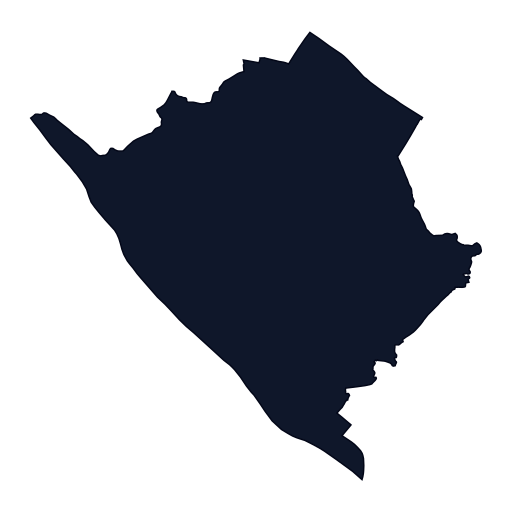 outline of Cau Ke, Trà Vinh, Vietnam
{"feature_id": "81297802B65507223487475", "entity_name": "Cau Ke", "entity_type": "district", "adm_level": 2, "iso_a3": "VNM", "parent_name": "Vietnam", "parent_adm1": "Trà Vinh", "projection": "mercator", "projection_center": [106.099, 9.855], "detail": "fine", "context": "isolated", "style": "filled", "palette": "ink", "viewbox_px": 512, "rotation_deg": 0, "n_neighbors": 0, "source": "geoboundaries", "source_scale": "gbopen_adm2", "svg_char_len": 6021}
<svg xmlns="http://www.w3.org/2000/svg" viewBox="0 0 512 512"><path d="M364.8,77.8L363.4,76.6L357.7,70.3L354.4,67.0L347.2,59.4L344.0,56.4L341.3,54.2L328.6,45.6L319.5,38.9L309.9,32.4L305.2,38.6L298.3,48.6L297.3,50.3L294.9,53.9L288.6,64.0L287.6,63.5L285.3,62.7L283.4,62.2L279.1,61.5L265.4,58.2L264.7,57.9L260.0,58.0L260.1,59.0L259.0,62.8L243.3,60.0L244.1,63.8L244.0,64.2L243.4,65.0L244.0,71.6L242.8,71.9L239.4,72.9L237.4,73.8L233.3,76.4L228.9,79.1L225.2,81.0L223.7,82.1L222.4,84.2L219.8,87.4L219.4,88.2L219.2,91.1L219.0,91.4L218.3,91.8L216.3,91.8L215.3,92.0L214.6,92.3L213.9,93.1L213.2,94.4L212.4,97.2L211.7,100.4L211.1,101.7L210.5,102.2L209.8,102.7L208.3,102.8L207.3,102.8L206.2,103.0L204.4,103.8L201.8,103.9L199.9,103.7L194.8,102.5L193.0,102.2L188.2,102.2L187.6,102.0L187.0,101.6L186.7,101.3L186.7,100.0L186.4,98.7L186.0,98.2L185.3,97.8L183.1,97.6L182.3,97.2L181.4,96.8L179.4,96.5L178.0,96.0L176.7,95.1L175.9,94.2L174.6,91.6L174.0,91.4L173.6,91.3L171.9,91.3L171.7,92.1L170.8,93.6L167.4,100.2L166.0,102.6L164.1,104.9L160.6,107.4L157.7,109.1L157.1,109.7L156.9,110.2L157.0,111.2L157.6,112.5L158.8,113.9L160.1,116.7L161.6,118.1L162.0,119.1L161.9,119.7L161.3,122.1L161.5,123.6L161.4,125.3L160.7,126.2L159.8,126.9L157.4,127.8L155.7,128.6L154.7,129.5L152.3,132.6L151.2,133.3L148.5,134.1L137.1,139.1L133.5,141.1L127.6,146.3L124.0,150.1L122.9,151.0L121.8,151.1L119.1,151.1L117.5,150.9L115.1,149.9L112.9,148.4L111.1,148.3L110.6,148.5L109.9,149.4L108.6,152.2L107.1,154.0L105.8,155.0L104.9,155.3L102.9,155.4L100.6,155.9L98.4,155.3L94.1,151.5L87.8,144.8L82.8,140.6L79.9,138.7L77.2,136.5L73.8,134.2L70.6,131.2L68.5,129.3L60.1,122.7L56.7,119.9L55.7,118.8L53.8,117.1L49.5,115.1L46.4,113.3L45.7,113.1L44.0,112.9L43.3,113.2L42.2,114.2L41.6,114.5L40.9,114.5L39.4,114.5L37.9,114.2L35.7,114.2L34.8,114.7L33.6,115.9L30.7,118.1L33.9,122.5L39.9,130.0L45.7,137.9L50.9,144.7L63.5,159.0L70.2,166.3L74.7,172.0L76.6,174.1L82.4,181.9L86.6,189.1L89.1,196.8L91.2,202.2L94.7,207.1L98.8,212.2L105.4,220.0L114.6,230.1L116.8,233.7L118.9,238.4L120.5,243.7L121.9,249.1L123.5,253.6L124.1,255.0L127.3,260.8L129.4,263.6L133.1,268.1L137.0,273.4L140.7,277.8L157.5,297.1L165.0,304.2L172.0,311.6L179.4,319.7L186.4,326.5L193.7,332.7L213.0,350.3L223.9,360.3L229.6,364.7L232.1,367.1L234.6,369.7L240.5,377.1L246.5,386.1L251.2,392.1L254.0,395.1L260.4,404.2L265.1,411.3L272.2,420.9L281.5,429.5L288.3,433.6L292.6,436.0L296.4,437.6L299.6,438.7L304.9,440.4L310.7,443.3L319.1,447.8L324.1,450.9L336.1,459.3L352.6,471.3L362.0,479.6L362.8,476.7L363.4,473.1L363.6,470.7L363.8,465.7L363.5,458.6L362.8,455.3L362.1,453.3L360.6,450.8L358.0,447.9L354.5,444.4L351.3,441.9L342.0,435.7L351.0,424.9L343.0,418.1L336.9,413.1L340.2,409.3L342.1,407.4L343.6,404.8L344.0,404.3L345.1,402.1L347.1,399.5L347.7,400.0L347.8,399.8L347.8,398.9L348.0,398.4L348.4,397.6L348.7,396.4L349.4,395.8L349.5,395.6L349.2,394.7L349.0,394.3L348.4,393.6L347.8,393.5L346.4,393.8L345.9,393.6L345.8,393.4L345.7,393.2L345.6,391.4L345.4,389.8L345.7,388.1L357.2,386.7L365.1,385.6L369.8,384.6L371.8,383.9L372.7,382.8L375.2,380.3L376.1,379.0L376.3,378.4L376.3,378.0L376.1,377.7L375.9,377.3L374.4,377.4L373.6,377.1L373.6,376.5L373.8,375.7L374.7,373.7L374.8,372.8L374.5,372.0L374.1,371.4L372.9,370.0L372.7,369.3L373.0,368.2L372.9,366.6L374.7,364.2L375.1,363.5L375.0,362.7L374.1,362.1L373.9,361.8L374.7,361.2L375.3,360.2L375.7,360.2L376.5,360.7L377.0,360.4L377.3,359.9L378.3,360.4L378.8,360.5L383.8,361.0L385.1,361.2L387.8,362.1L389.9,362.9L390.6,363.3L391.6,364.3L392.2,365.5L392.8,365.9L393.5,366.1L395.2,365.7L395.4,364.8L396.4,362.6L396.4,362.1L396.2,361.7L395.6,361.2L395.3,360.7L394.4,358.6L394.4,358.1L394.4,357.9L394.7,357.6L395.6,357.7L396.2,357.5L396.5,356.8L396.6,355.4L396.6,355.0L396.0,354.4L394.9,352.7L394.6,351.6L394.6,349.6L394.9,346.9L394.7,345.5L395.0,345.2L395.8,344.8L398.5,344.9L399.4,344.5L401.7,342.5L403.1,341.7L402.5,339.6L405.6,337.3L409.3,335.0L413.4,332.0L415.4,330.1L420.4,324.6L423.3,320.7L423.4,320.4L428.0,314.6L438.1,304.5L440.2,302.0L441.8,300.4L446.5,296.0L447.8,295.0L449.8,292.8L450.3,292.4L451.0,292.1L451.5,291.1L452.0,290.4L452.5,290.0L454.4,289.2L454.8,289.0L454.9,288.7L455.1,287.3L458.5,287.2L462.1,287.3L463.8,287.1L464.8,286.9L465.2,286.6L465.4,286.2L465.7,283.1L465.8,282.9L468.9,282.3L468.1,279.5L468.2,279.2L469.6,278.0L469.7,277.5L469.3,276.6L468.6,276.1L468.1,276.2L466.8,276.7L465.9,276.9L465.4,276.8L465.0,276.6L464.0,275.7L463.2,274.4L464.4,273.9L466.2,273.5L466.8,273.5L467.8,274.0L468.3,274.0L468.8,273.9L469.4,273.7L470.0,273.2L470.2,272.3L470.1,271.6L469.0,269.9L469.0,269.6L469.2,268.3L470.0,267.1L470.8,265.0L471.5,262.7L471.6,261.6L471.4,261.1L471.1,260.4L470.8,259.4L470.8,258.7L470.9,257.8L471.2,257.2L471.9,256.3L472.5,256.0L473.9,255.8L474.7,255.8L475.2,255.6L476.7,254.3L478.4,254.2L479.1,253.9L480.6,252.7L481.0,251.9L481.3,251.1L481.2,250.0L480.8,248.0L480.6,247.1L479.9,245.6L479.0,244.5L478.0,243.7L476.8,242.9L476.1,243.2L474.7,243.9L472.6,245.7L471.4,245.8L468.0,245.2L467.2,245.2L464.0,245.3L463.3,244.7L462.2,244.6L460.1,243.6L457.7,242.0L457.1,241.4L456.6,240.4L456.6,239.7L456.7,239.2L457.2,238.0L457.2,236.1L456.9,235.3L456.7,234.9L455.2,233.4L452.2,234.4L451.6,234.5L448.3,233.6L447.2,233.5L446.2,233.6L444.6,234.0L442.9,235.1L442.2,235.3L436.4,235.5L435.4,235.6L433.8,235.9L432.1,234.8L429.8,232.9L428.4,231.1L426.4,229.3L426.0,228.5L425.3,226.3L424.5,224.3L423.5,222.4L421.9,219.4L421.0,217.5L420.0,214.6L419.4,213.1L418.6,211.7L417.6,210.4L413.7,206.9L413.4,206.4L413.3,206.1L413.4,204.6L413.6,203.4L414.2,201.4L414.1,200.9L413.2,199.2L413.0,198.4L412.2,196.9L412.2,196.2L412.3,195.3L412.2,194.7L412.0,194.3L411.8,193.6L411.7,191.5L411.4,189.1L411.1,188.3L408.9,184.5L407.2,179.5L405.5,175.8L402.6,168.3L401.4,165.8L400.8,164.8L399.7,161.5L398.4,159.0L397.4,156.1L398.1,155.9L405.8,143.6L410.7,135.4L415.4,127.2L416.6,124.9L417.1,124.4L419.0,120.9L420.3,118.9L421.4,119.5L422.5,117.5L404.3,106.1L399.4,102.9L398.3,102.0L393.4,98.5L386.9,94.6L381.8,90.9L370.2,82.3L366.2,78.7L364.8,77.8Z" fill="#0f172a" stroke="#020617" stroke-width="1.5"/></svg>